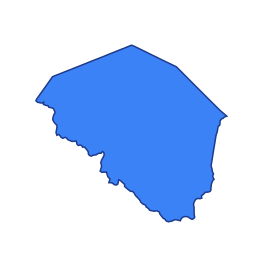 outline of Mauriti, Ceará, Brazil, rotated 104°
{"feature_id": "56859067B91433627627453", "entity_name": "Mauriti", "entity_type": "district", "adm_level": 2, "iso_a3": "BRA", "parent_name": "Brazil", "parent_adm1": "Ceará", "projection": "orthographic", "projection_center": [-38.648, -7.423], "detail": "fine", "context": "isolated", "style": "filled", "palette": "blue", "viewbox_px": 256, "rotation_deg": 104, "n_neighbors": 0, "source": "geoboundaries", "source_scale": "gbopen_adm2", "svg_char_len": 2088}
<svg xmlns="http://www.w3.org/2000/svg" viewBox="0 0 256 256"><g transform="rotate(104 128 128)"><path d="M92.6,35.0L88.8,42.7L84.5,49.9L82.1,54.0L73.1,69.0L71.2,72.2L63.1,85.6L56.9,95.9L53.6,111.9L47.2,141.6L46.8,144.6L59.7,162.5L67.6,173.4L72.0,179.6L78.3,188.3L96.4,213.6L122.2,223.7L123.9,223.9L124.9,222.1L124.8,218.9L124.6,217.3L123.4,216.1L125.6,215.7L125.9,213.2L125.8,210.9L127.0,209.9L126.9,207.7L127.1,205.1L128.6,203.9L130.4,202.6L131.9,202.8L133.7,203.3L137.1,203.3L138.4,202.8L140.1,201.3L141.3,199.7L142.5,197.7L143.8,197.2L150.0,196.7L152.3,195.2L151.0,193.5L151.8,192.2L153.1,190.9L153.8,188.8L152.3,186.7L152.5,185.4L153.9,183.5L154.6,179.1L153.9,177.0L153.2,175.0L155.8,173.8L157.0,172.1L156.1,170.3L156.3,168.7L157.6,167.4L157.0,165.7L158.6,163.3L160.7,160.8L162.6,160.3L163.9,158.9L164.2,156.9L162.7,155.0L161.8,152.5L159.5,150.2L159.1,148.0L157.0,147.1L157.6,145.7L159.1,144.8L160.8,144.7L165.8,145.9L168.3,146.0L171.5,144.3L174.1,144.4L176.6,144.6L177.3,142.6L176.4,139.7L175.9,138.4L180.1,135.8L182.0,133.1L184.4,133.3L185.7,133.4L185.1,130.5L186.4,126.8L185.9,125.2L184.8,124.3L183.4,124.3L180.5,124.5L180.8,122.8L182.6,119.5L183.5,117.7L185.6,117.1L187.5,113.4L188.8,110.3L188.5,108.1L189.4,106.5L190.5,105.6L192.2,103.7L193.7,101.1L195.5,98.7L196.8,97.7L198.2,95.1L198.6,92.4L200.3,91.2L201.1,88.8L202.6,87.0L202.6,85.4L202.4,82.5L201.4,80.1L202.0,77.3L203.8,76.2L206.1,73.3L207.2,71.8L207.5,70.0L208.7,68.9L209.2,67.3L209.1,65.6L208.3,64.3L207.5,62.5L205.7,60.6L205.3,58.0L205.4,54.8L202.8,54.3L201.0,53.0L200.2,51.4L199.7,49.3L199.9,47.8L200.9,45.1L201.1,43.6L199.8,42.2L198.4,41.7L195.8,42.9L189.0,44.7L186.5,45.9L184.3,46.0L181.5,45.3L179.7,43.9L179.1,40.9L178.1,39.4L176.0,40.4L174.3,38.9L171.6,37.4L170.9,35.0L169.7,33.0L168.1,32.5L166.4,33.0L164.5,33.2L162.5,33.5L158.9,33.2L157.0,32.1L155.9,33.1L154.4,34.1L151.7,34.0L149.9,35.6L147.7,36.4L144.7,38.2L128.7,39.6L123.3,40.0L113.9,40.8L109.6,40.5L106.8,40.8L104.8,40.9L102.9,39.6L101.3,39.9L98.9,40.3L96.8,39.6L95.5,38.0L94.0,37.1L92.6,35.0Z" fill="#3b82f6" stroke="#1e3a8a" stroke-width="1.5"/></g></svg>